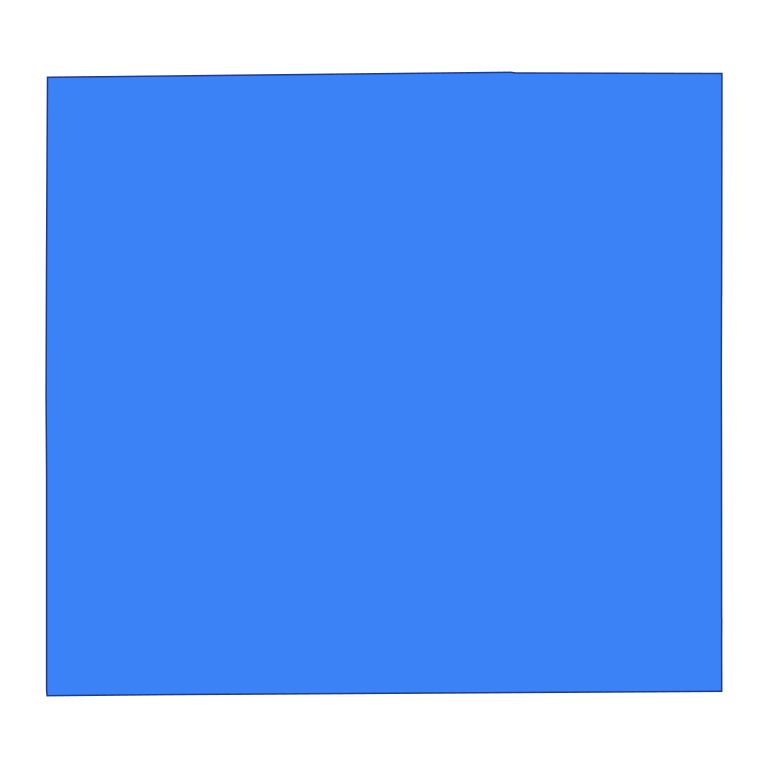 Weston, Wyoming, United States of America
{"feature_id": "52423323B91236875668653", "entity_name": "Weston", "entity_type": "district", "adm_level": 2, "iso_a3": "USA", "parent_name": "United States of America", "parent_adm1": "Wyoming", "projection": "mercator", "projection_center": [-104.387, 43.84], "detail": "fine", "context": "isolated", "style": "filled", "palette": "blue", "viewbox_px": 768, "rotation_deg": 0, "n_neighbors": 0, "source": "geoboundaries", "source_scale": "gbopen_adm2", "svg_char_len": 398}
<svg xmlns="http://www.w3.org/2000/svg" viewBox="0 0 768 768"><path d="M721.3,372.6L721.5,296.8L721.6,295.3L721.9,109.5L721.9,73.5L515.5,73.0L510.7,72.3L47.5,77.3L46.5,269.6L46.1,396.8L46.6,476.1L46.6,690.1L47.1,695.7L165.5,694.6L721.7,691.3L721.6,641.1L721.7,622.2L721.7,618.5L721.6,618.1L721.5,469.6L721.5,466.6L721.5,456.4L721.3,372.6Z" fill="#3b82f6" stroke="#1e3a8a" stroke-width="1.5"/></svg>